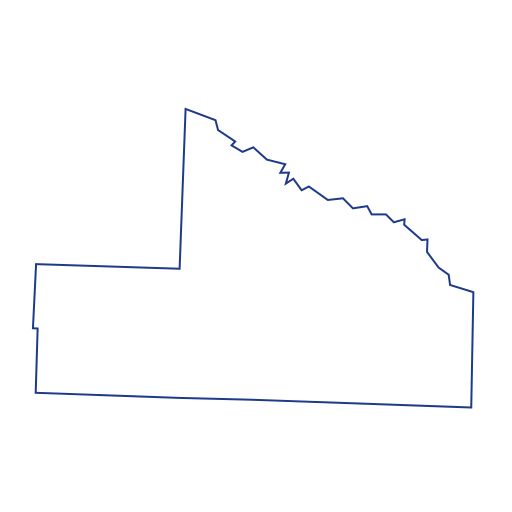 outline of Brown, Minnesota, United States of America, rotated 2°
{"feature_id": "52423323B40765245365821", "entity_name": "Brown", "entity_type": "district", "adm_level": 2, "iso_a3": "USA", "parent_name": "United States of America", "parent_adm1": "Minnesota", "projection": "robinson", "projection_center": [-94.665, 44.303], "detail": "fine", "context": "isolated", "style": "outline", "palette": "blue", "viewbox_px": 512, "rotation_deg": 2, "n_neighbors": 0, "source": "geoboundaries", "source_scale": "gbopen_adm2", "svg_char_len": 640}
<svg xmlns="http://www.w3.org/2000/svg" viewBox="0 0 512 512"><g transform="rotate(2 256 256)"><path d="M476.4,399.9L474.5,284.6L451.0,278.2L449.2,268.0L438.9,261.2L426.8,246.0L426.8,233.5L421.1,234.3L403.0,219.6L403.2,214.1L392.6,217.5L384.4,209.9L370.1,210.4L365.4,202.3L351.2,205.0L340.9,195.3L325.8,197.5L306.4,184.7L299.3,188.7L290.6,177.5L283.3,182.6L286.0,171.5L277.4,172.0L282.0,163.3L263.5,159.3L249.5,147.5L238.9,152.4L227.7,146.3L231.2,142.3L213.7,131.5L210.8,121.7L180.5,111.5L180.1,271.4L36.5,271.8L35.6,336.0L40.3,336.1L40.6,400.4L183.8,400.5L256.2,399.8L476.4,399.9Z" fill="none" stroke="#1e3a8a" stroke-width="2"/></g></svg>